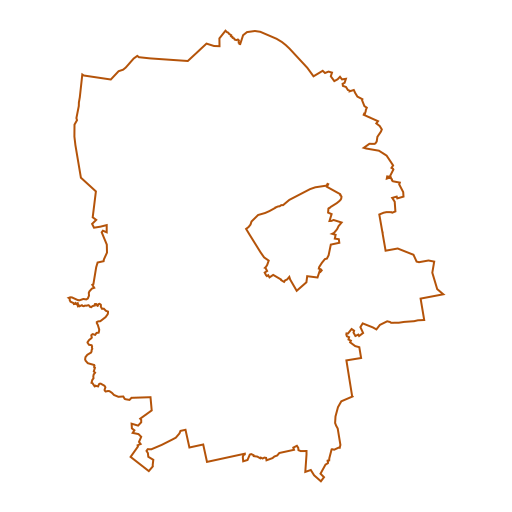 Kandavas pag., Kandavas, Latvia
{"feature_id": "27541924B18979846350071", "entity_name": "Kandavas pag.", "entity_type": "district", "adm_level": 2, "iso_a3": "LVA", "parent_name": "Latvia", "parent_adm1": "Kandavas", "projection": "mercator", "projection_center": [22.728, 57.032], "detail": "fine", "context": "isolated", "style": "outline", "palette": "amber", "viewbox_px": 512, "rotation_deg": 0, "n_neighbors": 0, "source": "geoboundaries", "source_scale": "gbopen_adm2", "svg_char_len": 5940}
<svg xmlns="http://www.w3.org/2000/svg" viewBox="0 0 512 512"><path d="M260.3,31.8L254.9,31.0L247.0,32.1L243.1,35.2L240.2,44.1L239.9,44.1L239.3,43.8L239.1,42.8L238.7,42.6L238.8,42.2L238.6,41.5L238.9,40.5L238.6,40.1L237.9,39.5L236.5,40.1L234.7,39.6L234.2,38.5L232.7,37.9L232.4,36.8L231.7,36.8L230.9,36.1L231.2,35.2L229.1,33.9L228.3,32.7L226.9,32.1L225.5,30.7L219.4,38.4L219.5,46.2L214.0,46.0L206.5,43.6L187.8,61.0L150.2,58.4L138.9,57.2L137.3,55.9L133.7,58.5L125.7,67.6L123.1,69.7L118.6,71.2L110.8,79.5L83.8,75.5L82.3,74.5L79.8,97.3L78.9,102.4L78.8,106.0L76.4,118.1L77.0,120.2L74.5,124.6L74.4,136.6L75.4,145.1L80.9,177.7L95.9,191.4L92.7,217.3L96.2,219.9L92.1,223.9L94.0,227.7L100.3,226.7L106.7,225.1L106.7,232.3L102.9,230.7L101.7,232.3L106.8,244.6L107.0,252.6L103.9,259.4L103.6,261.2L97.6,262.5L96.2,267.2L93.4,284.1L92.3,284.8L94.2,287.8L91.9,288.6L89.4,291.4L88.8,292.9L89.0,295.6L87.8,298.5L86.3,299.4L83.3,299.0L79.5,300.3L77.6,300.0L71.9,297.4L70.2,297.3L68.7,297.9L69.7,298.6L69.7,300.1L70.5,301.7L73.4,303.0L73.9,304.1L75.0,303.9L75.5,303.0L75.8,303.2L75.8,303.9L76.2,304.1L77.7,303.2L78.0,304.3L77.6,305.3L77.9,306.1L78.8,305.3L79.1,305.5L78.9,306.1L79.2,306.4L81.9,305.2L82.6,305.9L83.8,306.2L84.9,305.6L86.4,305.7L88.5,305.2L89.4,305.8L89.8,306.7L91.2,307.2L92.5,306.1L94.8,305.5L94.7,304.6L94.9,304.1L96.1,304.0L97.5,305.9L97.8,305.8L98.4,304.2L99.5,303.8L100.8,304.7L100.9,305.5L100.8,306.6L102.0,308.8L103.8,308.7L105.9,310.8L108.0,311.6L108.0,312.9L107.7,314.2L105.6,317.1L100.3,321.2L98.2,321.4L96.8,322.1L96.8,323.1L97.8,324.9L99.2,329.5L99.0,331.4L98.6,332.7L96.6,332.9L95.1,334.9L92.8,334.1L91.6,334.8L91.3,335.6L91.8,337.4L91.5,338.1L89.1,340.0L87.6,342.1L87.5,342.6L89.0,344.8L91.6,345.2L92.1,346.4L91.9,347.6L92.3,348.8L91.6,350.1L91.6,351.2L91.1,352.5L87.3,354.8L85.5,357.1L85.1,359.3L85.6,360.7L87.8,363.2L94.2,365.0L94.5,365.8L94.2,366.4L94.2,367.4L94.9,367.8L93.8,371.4L95.1,372.7L93.7,374.4L93.3,376.3L93.5,378.3L92.3,379.9L91.5,382.8L92.5,383.2L94.4,386.0L94.9,385.8L95.0,386.3L96.0,385.9L98.1,386.4L99.0,384.2L100.0,383.6L100.8,383.7L104.4,385.7L104.9,386.4L105.4,387.3L104.6,389.7L104.7,390.5L105.6,391.5L108.1,391.0L109.5,391.2L111.9,392.8L114.0,395.0L118.4,396.8L123.3,396.5L124.7,398.9L125.9,399.3L129.5,399.9L131.5,397.8L132.2,397.8L150.5,397.2L151.7,410.4L140.2,418.7L141.2,419.8L141.2,422.3L138.1,425.6L131.6,423.7L131.9,428.4L134.4,430.3L132.7,432.9L138.5,434.1L141.2,436.8L139.0,441.9L140.6,444.0L137.6,445.3L137.9,446.6L130.6,456.9L148.8,471.1L152.8,466.4L152.7,465.0L153.3,459.8L148.3,456.8L147.9,453.1L146.5,450.9L147.7,449.2L151.3,449.3L161.7,444.9L172.0,439.7L175.8,437.7L179.4,433.5L180.5,430.9L185.5,429.8L189.4,447.5L203.2,444.5L207.0,461.9L244.8,453.7L244.8,454.3L244.3,454.4L243.2,455.7L242.8,457.0L243.2,461.3L247.5,460.0L249.8,454.6L251.2,454.1L253.6,455.2L253.7,456.1L257.3,456.6L260.3,458.3L260.8,457.6L262.6,458.5L264.4,457.6L266.1,457.9L266.5,460.3L272.5,458.1L274.4,456.5L277.2,455.5L279.3,453.0L294.0,449.8L293.3,447.6L296.9,445.8L298.2,447.8L298.5,450.2L300.8,451.1L306.5,451.0L306.5,454.6L305.3,471.9L310.8,470.0L314.1,475.3L320.9,481.3L324.0,477.2L320.5,473.7L325.5,464.6L327.9,463.2L328.0,462.0L327.5,460.9L327.6,460.6L329.2,460.4L329.3,458.3L331.6,449.4L332.0,449.2L334.2,449.7L338.7,447.6L339.7,447.8L340.4,444.9L337.7,428.5L336.1,425.6L335.1,423.0L335.5,416.4L338.0,407.1L341.3,401.3L352.5,396.5L352.1,396.0L346.4,360.4L361.1,358.0L359.3,347.2L355.2,346.1L350.1,342.3L350.9,340.7L348.5,339.5L349.1,337.2L346.9,336.3L346.3,334.5L346.5,333.4L348.0,333.5L351.6,329.0L354.1,330.7L353.5,332.6L355.4,336.0L358.3,334.6L359.1,336.0L363.1,333.0L360.4,327.1L362.7,323.4L372.8,327.4L376.4,329.4L379.9,324.9L387.2,321.3L390.0,322.0L391.1,322.8L399.0,322.7L404.2,321.9L414.1,321.2L417.9,320.3L424.2,320.0L420.6,298.6L443.3,294.3L437.2,289.1L432.3,272.7L434.2,261.6L428.5,260.5L419.0,262.2L416.6,261.6L413.5,254.8L397.7,248.5L385.6,250.7L382.7,234.1L382.6,231.7L382.4,232.2L379.3,214.5L383.7,212.7L386.6,212.1L391.5,212.2L392.2,212.7L395.4,211.4L394.7,201.7L392.2,197.9L396.7,196.6L397.3,198.4L403.5,196.6L403.2,192.1L399.2,184.4L399.8,182.6L393.0,181.3L392.2,180.7L391.9,180.0L392.0,179.5L391.6,178.9L390.3,178.0L388.5,178.0L386.8,178.6L387.2,176.4L390.6,176.9L390.2,175.8L393.4,169.5L393.0,168.8L391.5,167.9L393.1,165.4L386.6,155.6L378.9,150.7L366.1,148.5L363.8,147.8L369.4,143.8L374.4,143.9L375.4,143.4L376.7,141.5L377.4,136.8L381.0,131.5L381.8,129.4L379.7,126.0L376.3,123.4L378.0,121.2L363.7,114.8L364.2,113.6L364.9,113.8L365.8,110.9L365.8,110.1L366.8,107.7L364.4,106.1L362.1,100.3L362.4,99.2L357.4,96.6L355.2,93.0L353.8,90.0L350.0,91.2L350.1,90.9L347.9,90.0L346.0,87.0L342.9,85.9L342.6,83.8L344.6,82.8L345.9,78.8L342.0,79.4L340.0,76.8L337.6,79.3L334.3,81.1L330.8,76.3L332.0,72.6L328.5,71.6L325.0,73.0L322.7,70.8L313.5,76.3L307.3,67.8L289.4,48.5L285.8,45.1L281.9,42.0L276.6,38.8L260.3,31.8ZM260.6,252.4L249.6,234.7L246.1,228.9L248.5,227.1L250.5,224.6L251.5,221.5L258.1,215.0L265.1,213.0L269.4,211.1L275.4,207.8L275.4,207.5L278.2,206.4L279.6,206.3L281.3,205.1L283.1,205.1L289.3,199.9L310.1,189.1L315.3,187.3L326.6,185.6L327.5,183.9L328.2,184.2L326.9,186.8L340.1,194.1L340.1,194.7L340.5,194.9L340.5,195.4L340.8,195.5L341.5,196.7L341.2,198.6L340.7,199.6L339.3,201.1L336.7,203.2L330.6,207.0L329.6,208.0L328.7,208.2L328.4,208.6L328.1,212.6L331.6,214.1L329.5,221.0L331.4,220.9L333.6,220.0L341.6,222.5L338.5,226.2L337.3,228.8L336.3,230.2L333.9,233.0L332.2,233.8L335.6,234.8L334.8,238.6L338.8,239.2L339.3,242.8L330.8,244.6L328.6,255.3L326.9,258.6L324.9,259.1L321.9,262.8L319.2,267.0L318.8,268.6L320.8,269.3L321.7,270.4L320.4,271.9L319.6,271.2L317.5,277.5L307.2,276.2L306.4,282.3L296.7,290.8L290.2,279.6L289.3,276.9L287.2,279.4L285.1,280.4L284.1,281.9L281.1,280.1L281.0,279.5L273.2,274.9L269.5,277.4L268.2,275.2L266.9,276.1L266.1,275.3L264.7,272.6L267.1,271.0L265.5,268.0L265.0,267.8L266.1,266.7L267.2,264.9L268.7,260.6L264.1,257.4L260.6,252.4Z" fill="none" stroke="#b45309" stroke-width="2"/></svg>